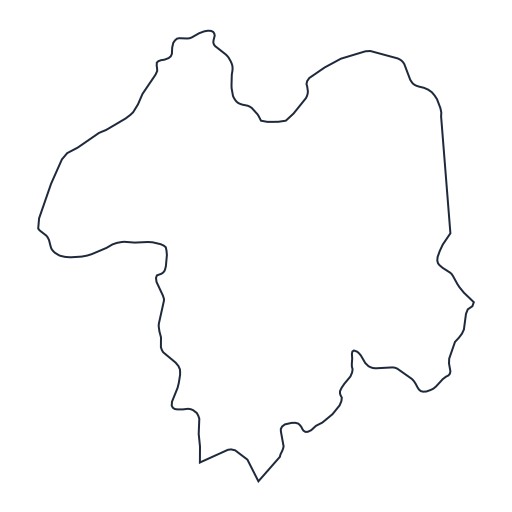 the border of Saraburi
{"feature_id": "THA-415", "entity_name": "Saraburi", "entity_type": "Province", "adm_level": 1, "iso_a3": "THA", "parent_name": "Thailand", "parent_adm1": "", "projection": "orthographic", "projection_center": [100.926, 14.549], "detail": "fine", "context": "isolated", "style": "outline", "palette": "slate", "viewbox_px": 512, "rotation_deg": 0, "n_neighbors": 0, "source": "natural_earth", "source_scale": "10m", "svg_char_len": 3248}
<svg xmlns="http://www.w3.org/2000/svg" viewBox="0 0 512 512"><path d="M441.1,116.4L450.4,233.3L442.8,244.5L439.8,250.9L437.6,257.0L437.3,260.6L438.0,263.3L439.4,265.1L442.7,267.9L450.2,272.7L451.7,274.1L452.9,275.9L457.4,284.1L459.5,287.3L463.9,292.7L473.8,302.2L472.4,306.2L467.8,309.3L466.0,313.8L463.9,329.5L462.0,333.6L459.0,337.6L455.0,341.9L449.2,358.6L449.0,363.5L450.4,371.2L449.9,373.7L448.5,375.4L445.8,376.8L442.8,379.1L436.0,386.5L433.3,388.7L430.6,390.0L426.4,391.5L423.2,391.7L420.8,391.1L419.1,389.7L417.7,387.7L415.7,383.9L414.5,382.0L413.2,380.3L411.7,378.8L397.2,368.6L394.9,367.7L392.4,367.4L375.7,368.3L372.8,368.0L370.5,367.2L368.5,366.2L365.3,363.1L360.8,355.4L359.1,353.4L357.2,351.7L353.9,350.5L352.4,351.5L351.9,353.8L352.2,358.8L351.8,364.2L351.9,366.7L352.6,369.2L352.1,372.5L350.4,376.5L344.4,383.7L341.6,387.8L340.0,391.2L340.0,393.5L340.7,395.6L341.8,397.6L341.4,401.1L339.6,405.4L332.5,414.2L322.3,422.6L316.0,425.8L311.2,430.2L307.8,431.8L305.4,431.9L303.4,430.6L302.3,428.9L301.3,426.9L299.9,425.1L298.3,423.6L295.3,422.8L291.5,422.9L284.9,424.4L282.1,426.5L280.8,429.0L280.9,431.5L283.6,446.4L283.1,448.5L282.3,450.7L280.4,454.6L279.9,456.8L258.4,481.3L247.4,459.6L235.1,450.3L231.1,449.4L227.9,449.8L199.9,462.5L200.0,446.6L198.7,433.9L199.3,418.7L198.3,415.8L196.8,413.0L193.0,410.1L190.7,409.2L188.0,408.8L182.9,409.4L177.3,409.4L174.7,409.0L172.8,407.7L171.7,405.6L172.0,401.7L177.6,387.8L178.8,382.9L180.1,374.8L180.1,372.1L179.9,369.3L178.4,366.0L175.6,362.6L163.2,352.3L161.9,350.1L160.9,347.2L161.0,337.4L159.4,331.3L158.7,326.3L158.8,323.9L163.9,300.9L164.0,299.1L163.0,295.8L156.5,281.9L156.0,277.9L156.9,275.4L161.3,273.8L163.1,272.6L164.5,270.9L165.3,268.6L165.9,266.0L166.9,255.0L166.5,250.7L165.8,247.3L163.9,245.7L160.7,244.2L152.6,242.3L147.9,242.0L134.7,242.6L124.4,241.8L121.8,242.0L116.9,242.9L112.5,244.4L106.5,247.9L91.6,254.2L87.0,255.6L81.7,256.6L70.5,257.3L65.1,256.9L60.7,255.9L59.2,255.4L57.2,254.2L54.7,252.6L52.8,250.7L51.4,248.7L50.6,246.3L49.0,240.0L47.8,237.6L46.4,235.7L39.5,230.3L38.2,228.5L39.1,218.3L51.1,183.7L61.9,159.4L67.2,153.1L77.7,147.6L99.0,132.9L106.2,129.9L125.6,118.5L130.2,115.0L133.1,112.3L138.0,104.3L142.5,93.9L155.5,74.7L157.2,71.0L157.1,68.5L156.7,65.8L156.8,62.7L158.3,61.2L161.0,60.2L164.4,59.7L168.6,58.1L170.8,56.3L171.9,53.8L172.2,47.5L173.3,42.8L175.0,40.4L176.9,38.7L179.2,38.2L187.4,38.5L189.8,38.2L191.8,37.4L199.2,33.2L204.4,31.3L208.0,30.7L211.0,30.9L213.2,31.9L214.3,33.6L214.7,35.7L213.6,40.0L213.3,42.4L213.9,44.5L215.1,46.1L225.7,54.4L227.3,56.0L228.6,57.6L230.8,61.5L231.7,63.6L232.4,65.9L232.6,68.6L232.4,71.0L231.8,74.6L231.5,85.5L231.6,88.3L233.0,96.0L234.0,98.1L235.2,100.0L236.5,101.6L238.2,103.0L240.4,104.0L242.6,104.7L247.6,105.7L249.7,106.6L251.7,107.9L257.6,114.4L258.7,116.2L261.0,120.7L267.5,121.9L278.3,121.8L285.8,120.7L293.5,113.6L305.9,98.2L306.9,96.2L307.6,93.9L307.9,91.5L307.2,86.5L306.5,84.1L307.1,81.2L309.3,78.0L324.6,67.5L340.9,58.7L365.4,51.3L370.3,51.0L397.6,58.4L399.7,59.4L401.6,60.7L403.1,62.3L404.3,64.1L410.2,79.7L411.4,81.6L412.7,83.4L414.5,84.8L416.5,85.8L419.0,86.6L423.9,87.8L428.1,89.6L431.8,92.2L434.6,95.5L437.0,99.2L440.4,108.1L441.3,112.5L441.1,116.4Z" fill="none" stroke="#1e293b" stroke-width="2"/></svg>